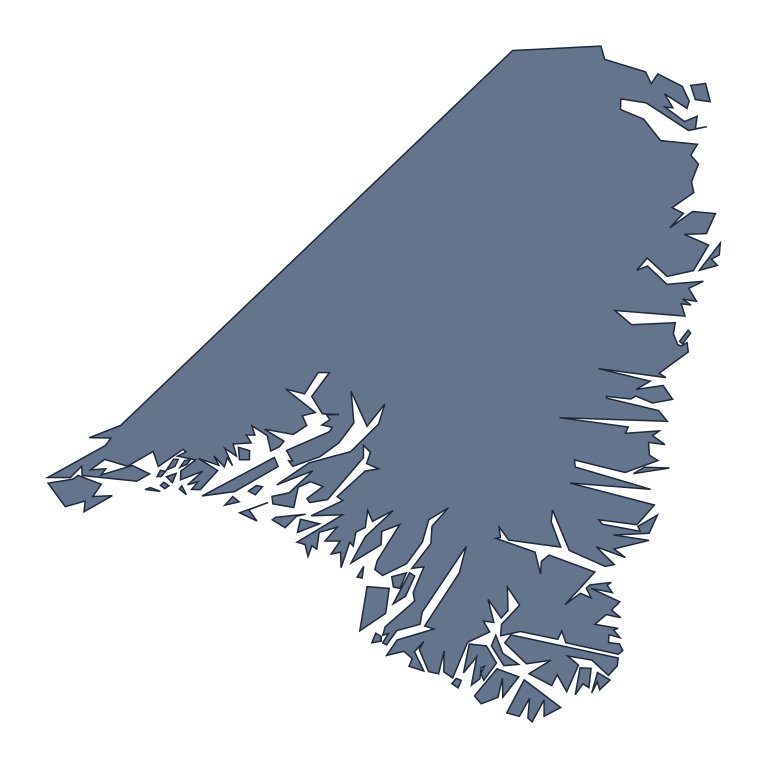 outline of Kommune Kujalleq
{"feature_id": "GRL-2740", "entity_name": "Kommune Kujalleq", "entity_type": "state/province", "adm_level": 1, "iso_a3": "GRL", "parent_name": "Greenland", "parent_adm1": "", "projection": "orthographic", "projection_center": [-44.745, 61.276], "detail": "fine", "context": "isolated", "style": "filled", "palette": "slate", "viewbox_px": 768, "rotation_deg": 0, "n_neighbors": 0, "source": "natural_earth", "source_scale": "10m", "svg_char_len": 6136}
<svg xmlns="http://www.w3.org/2000/svg" viewBox="0 0 768 768"><path d="M600.9,46.1L604.7,59.4L645.5,71.9L651.3,83.6L657.8,73.9L682.3,86.4L689.2,101.1L687.0,108.4L664.6,93.9L672.9,107.9L664.8,107.0L684.5,121.5L697.1,116.3L695.4,128.8L706.9,126.7L688.6,130.5L646.2,102.9L620.8,98.9L620.5,109.5L643.7,119.2L660.6,140.6L697.4,144.3L690.8,155.2L698.4,164.0L691.5,181.9L693.8,192.5L672.1,207.6L683.3,213.4L669.8,227.8L692.6,211.5L715.4,213.6L706.4,233.6L684.3,234.4L708.6,245.1L693.4,270.6L667.1,276.4L647.3,258.1L636.7,270.2L647.5,266.0L666.9,284.3L703.4,281.3L688.7,288.3L696.5,301.3L682.6,299.1L691.0,305.0L681.2,303.8L685.0,316.1L614.8,310.5L631.6,324.7L675.3,322.7L673.4,333.8L677.8,344.7L681.2,345.9L687.1,342.6L688.2,352.0L659.1,373.2L665.9,377.6L598.3,368.6L650.2,381.2L636.2,389.4L663.1,385.5L672.6,399.3L652.5,403.0L635.9,396.1L630.8,399.0L606.5,396.4L606.5,398.1L658.7,410.6L667.3,421.3L559.5,417.7L628.3,427.0L625.4,433.3L659.3,430.9L652.6,435.7L665.0,444.6L648.5,442.4L649.5,455.3L658.0,460.5L625.1,472.5L574.5,460.0L575.2,467.0L650.6,489.3L569.9,483.0L654.4,505.0L637.0,524.7L598.7,519.8L602.6,524.3L640.2,531.3L637.9,526.4L657.4,515.1L649.1,533.3L613.6,535.0L649.0,540.4L614.0,548.9L625.4,557.5L596.4,546.9L614.4,564.6L605.1,566.4L569.3,550.4L552.5,510.0L551.2,521.7L560.7,547.1L508.8,540.1L499.1,527.0L500.4,537.5L495.9,538.4L535.1,552.1L540.5,574.0L541.4,561.3L549.1,555.1L594.9,572.0L565.0,604.6L580.4,593.3L591.2,597.9L586.3,588.2L589.9,584.9L611.3,582.4L607.1,585.1L612.3,592.6L591.0,588.4L619.9,601.8L611.5,610.0L620.8,617.7L606.3,614.6L594.9,624.3L618.2,628.4L613.6,629.9L620.0,637.7L609.0,634.7L608.5,642.6L619.4,643.8L622.8,650.5L618.3,654.2L565.9,642.8L561.7,631.0L557.8,639.3L520.3,631.5L500.6,635.8L501.5,624.4L519.6,605.2L507.4,587.0L508.0,610.7L501.2,618.0L488.0,599.3L493.9,622.4L483.4,621.1L489.7,631.9L467.6,642.3L452.7,677.9L443.8,671.9L444.1,651.0L438.6,673.8L428.6,671.6L419.2,649.3L423.8,641.4L414.5,651.7L423.8,671.0L409.0,666.3L412.2,658.6L403.9,651.3L386.6,655.4L397.1,640.0L433.9,629.0L424.7,626.0L459.3,572.9L466.2,546.4L422.2,612.1L420.0,624.3L396.8,630.6L386.5,644.9L382.7,642.9L388.3,633.5L382.9,635.3L385.1,626.9L414.7,601.0L413.2,592.5L423.9,566.8L411.8,568.4L430.9,543.5L432.0,526.2L448.4,507.8L428.7,519.8L422.4,542.1L406.5,563.8L382.5,575.5L374.8,569.5L377.4,560.4L399.7,524.6L381.8,531.3L381.1,544.7L351.0,563.0L365.2,536.8L393.2,510.5L372.5,521.4L367.7,510.3L365.3,527.5L355.9,532.1L353.2,546.2L349.8,542.2L341.1,567.7L340.5,552.2L331.1,554.1L340.1,541.1L325.0,541.0L337.1,527.2L319.1,532.4L316.8,549.2L311.9,545.8L308.0,556.5L305.0,544.5L297.0,542.2L342.5,514.8L311.2,515.8L342.7,500.6L337.1,496.6L365.2,471.0L378.7,468.8L366.6,463.6L370.5,452.3L363.4,445.3L363.5,457.5L327.6,499.6L309.6,502.5L306.9,498.6L323.0,486.5L310.5,481.7L298.2,487.2L293.8,507.5L272.9,503.9L272.0,496.4L289.2,492.8L312.8,470.8L276.7,484.9L309.1,462.8L350.7,451.6L378.6,424.0L384.9,404.0L367.0,426.3L351.1,391.3L353.9,422.9L338.9,442.9L319.8,456.8L292.8,466.3L288.7,460.9L292.5,461.0L286.5,450.5L329.5,431.7L332.3,427.3L321.8,425.0L329.9,419.7L326.5,414.8L339.2,414.5L322.4,413.8L311.7,396.4L329.4,372.7L318.1,372.5L304.5,393.9L285.6,389.1L315.4,412.5L302.4,415.8L306.7,425.5L293.4,434.4L264.5,429.3L284.0,441.2L279.4,446.8L270.7,451.0L267.2,435.5L251.8,425.7L254.9,435.1L246.2,435.0L251.3,442.9L233.1,444.0L236.5,456.2L224.7,448.3L232.5,465.7L227.4,457.7L224.3,467.0L213.9,455.9L218.9,465.3L198.6,458.5L217.7,470.6L200.3,489.7L191.6,489.4L197.9,481.8L187.6,484.8L202.7,471.2L180.5,479.8L180.8,471.1L195.6,459.9L177.5,456.1L186.0,451.9L183.1,449.4L158.3,466.5L153.2,451.4L127.5,466.2L104.7,459.4L90.6,469.8L105.8,468.8L101.0,475.0L132.4,465.5L149.6,473.9L136.7,481.2L82.2,475.5L81.7,466.2L70.4,477.6L47.7,477.5L105.4,445.5L110.9,438.0L89.3,437.7L120.7,425.4L512.6,50.5L600.9,46.1ZM511.0,634.9L618.2,658.0L617.2,665.9L608.4,675.4L591.8,660.1L567.6,655.9L578.5,665.1L566.7,691.7L557.2,674.8L551.7,685.6L529.0,673.7L551.1,660.2L526.4,663.8L504.7,642.8L511.0,634.9ZM524.2,679.8L560.7,707.5L544.1,716.3L544.1,699.9L532.1,721.9L527.9,718.0L529.6,698.3L519.4,716.3L506.7,712.9L524.2,679.8ZM92.8,496.5L112.3,495.7L84.0,511.8L85.2,501.0L65.3,506.7L48.1,483.2L73.0,479.1L78.1,475.4L101.3,484.3L92.8,496.5ZM234.5,491.6L202.0,496.0L274.3,457.5L278.2,466.5L234.5,491.6ZM389.2,588.4L385.7,613.3L359.8,630.8L367.1,586.6L389.2,588.4ZM479.9,678.8L471.4,685.2L476.7,656.9L463.5,672.8L469.3,644.0L486.4,645.9L496.5,663.1L483.8,680.3L480.7,673.4L484.5,666.2L481.1,667.7L479.9,678.8ZM518.8,676.9L502.8,697.2L502.4,678.3L498.0,697.3L481.2,703.8L474.5,695.9L497.0,668.8L518.8,676.9ZM239.6,512.8L268.1,502.5L248.8,509.8L256.9,521.0L239.6,512.8ZM591.1,668.3L588.9,687.7L582.9,683.8L575.3,694.7L580.0,667.9L591.1,668.3ZM690.8,85.4L705.6,83.5L710.2,101.7L695.3,99.6L690.8,85.4ZM503.9,665.7L491.4,645.9L495.8,635.3L502.8,653.3L518.7,664.4L503.9,665.7ZM644.5,467.2L669.5,468.0L633.4,473.6L644.5,467.2ZM720.3,243.0L719.3,254.9L711.4,259.1L717.4,265.4L699.3,270.4L720.3,243.0ZM297.5,532.4L300.4,519.2L319.5,523.8L297.5,532.4ZM305.7,514.2L296.6,516.2L285.2,527.7L272.3,519.8L275.7,517.3L305.7,514.2ZM393.1,604.0L409.6,572.7L414.7,576.1L405.5,596.3L393.1,604.0ZM400.1,588.4L393.4,587.1L391.7,576.7L406.3,572.9L400.1,588.4ZM610.1,680.0L599.7,689.8L597.3,681.8L591.7,693.0L597.5,672.5L610.1,680.0ZM238.4,447.3L249.6,450.7L249.4,459.8L239.5,459.7L238.4,447.3ZM262.4,486.8L255.3,494.8L248.5,491.1L256.4,485.5L262.4,486.8ZM224.8,505.2L232.7,496.6L239.2,501.8L224.8,505.2ZM172.3,482.7L166.4,476.7L176.2,473.4L172.3,482.7ZM145.2,489.4L150.4,487.6L160.3,491.4L145.2,489.4ZM371.8,642.8L375.8,633.2L381.2,636.6L381.2,641.2L371.8,642.8ZM451.8,683.6L456.3,678.4L461.3,680.4L458.1,687.9L451.8,683.6ZM679.6,341.3L688.1,330.2L690.6,333.2L682.5,344.0L679.6,341.3ZM363.7,566.4L362.1,578.0L357.1,577.1L363.7,566.4ZM166.5,469.9L173.6,459.2L178.2,459.3L175.0,466.3L166.5,469.9ZM181.8,485.9L186.3,494.7L179.4,489.0L181.8,485.9ZM165.6,471.3L161.1,476.5L157.1,476.6L160.5,470.3L165.6,471.3ZM160.5,485.4L163.7,482.3L168.9,485.7L164.7,488.7L160.5,485.4ZM180.1,467.3L184.7,460.5L190.3,459.8L187.1,464.1L180.1,467.3Z" fill="#64748b" stroke="#1e293b" stroke-width="1.5"/></svg>